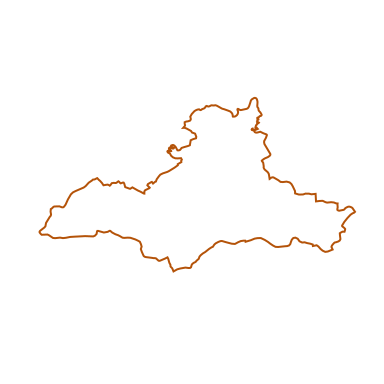 the district of Lang Son, Lạng Sơn, Vietnam, rotated 260°
{"feature_id": "81297802B21506651579478", "entity_name": "Lang Son", "entity_type": "district", "adm_level": 2, "iso_a3": "VNM", "parent_name": "Vietnam", "parent_adm1": "Lạng Sơn", "projection": "equal_earth", "projection_center": [106.757, 21.855], "detail": "fine", "context": "isolated", "style": "outline", "palette": "amber", "viewbox_px": 384, "rotation_deg": 260, "n_neighbors": 0, "source": "geoboundaries", "source_scale": "gbopen_adm2", "svg_char_len": 6104}
<svg xmlns="http://www.w3.org/2000/svg" viewBox="0 0 384 384"><g transform="rotate(260 192 192)"><path d="M144.2,349.1L148.4,347.2L149.2,346.4L150.2,344.7L150.4,343.3L150.0,341.6L149.4,340.1L148.6,339.3L148.1,338.3L148.0,333.7L148.4,332.8L149.1,332.1L149.8,332.1L151.6,332.8L154.5,333.1L155.4,333.4L155.8,331.9L157.0,330.0L157.8,327.3L158.1,323.2L158.8,321.7L160.6,319.2L161.0,316.3L161.2,312.5L168.7,313.4L169.0,309.2L170.1,306.8L170.4,304.8L170.7,303.6L170.3,300.9L170.9,296.9L172.7,293.3L175.1,293.6L180.2,292.2L182.6,291.3L184.5,289.8L185.8,286.9L186.0,283.2L186.6,280.9L188.6,279.1L192.2,274.8L192.5,273.7L192.3,272.3L191.6,271.2L191.4,270.7L195.1,270.8L196.8,270.7L198.4,270.0L201.6,267.4L203.0,266.9L203.6,266.8L204.9,267.1L208.3,267.2L209.0,267.0L209.7,266.5L210.4,266.2L210.8,266.2L211.9,268.2L212.5,269.8L213.2,272.8L213.7,273.9L214.3,275.0L215.0,275.6L215.4,275.7L216.0,275.7L225.5,272.1L226.5,271.7L228.1,271.6L229.6,271.9L232.5,274.2L234.9,275.6L235.4,275.6L235.8,275.3L237.5,272.4L239.5,269.7L239.3,267.9L239.2,266.2L239.5,265.0L240.1,264.2L241.6,263.7L242.0,263.1L242.7,261.7L243.1,261.6L243.8,262.1L243.9,262.6L243.6,262.6L243.3,262.8L242.2,264.6L242.1,265.2L242.4,266.3L242.6,267.3L242.7,267.7L243.0,267.5L243.3,267.2L243.9,267.0L244.1,266.9L244.0,265.7L244.5,265.6L246.5,266.6L246.8,266.9L247.1,267.6L247.6,267.9L248.1,268.0L248.2,269.4L248.5,269.7L248.7,269.9L249.0,269.5L249.5,268.3L249.8,268.2L250.4,268.8L250.6,268.9L251.3,268.7L251.7,269.1L251.9,270.0L252.1,270.1L252.5,269.7L252.9,269.1L253.6,269.1L253.8,269.3L254.2,271.0L254.8,271.6L255.0,272.1L254.9,272.7L255.1,273.3L255.5,273.8L256.1,274.0L258.4,273.2L260.1,272.1L260.9,271.8L261.8,271.8L262.5,271.9L263.1,271.8L264.3,271.2L265.4,271.2L268.5,272.0L270.0,272.2L272.0,272.0L273.1,271.5L273.8,270.3L273.8,269.5L272.9,267.1L271.9,265.9L271.0,265.5L266.9,263.3L265.5,262.3L264.7,261.3L264.4,260.2L264.2,254.9L264.3,253.9L264.8,253.1L265.7,252.1L265.9,251.6L265.7,251.2L265.1,251.0L263.9,251.2L262.8,251.3L261.8,251.0L260.8,250.5L259.8,249.5L259.0,247.9L258.9,246.8L259.1,245.4L259.3,245.3L260.7,245.4L261.7,245.3L262.5,245.1L263.5,244.5L264.6,243.7L265.8,241.8L267.9,238.1L268.8,236.2L269.5,235.3L271.5,232.9L272.7,231.4L273.3,230.3L273.4,229.9L273.4,228.6L274.0,226.1L273.8,225.3L273.4,224.1L273.3,223.2L273.4,222.8L273.5,222.5L274.0,221.8L274.2,221.4L274.1,221.0L274.0,220.6L273.8,220.2L273.1,219.9L272.5,218.9L272.1,218.1L271.9,216.5L271.3,215.4L271.2,214.5L271.4,214.2L272.2,213.3L272.2,212.4L272.2,211.6L271.8,209.9L271.2,208.4L268.8,205.3L266.5,203.4L264.3,203.5L263.5,203.3L262.6,202.4L262.3,200.2L262.4,198.6L262.0,196.9L260.3,196.6L259.1,196.8L258.4,196.5L256.7,194.5L256.6,195.7L255.5,197.6L252.3,201.6L250.5,202.4L249.8,203.8L248.9,205.2L245.6,205.8L244.2,205.3L243.9,202.5L243.2,199.7L238.4,198.0L238.0,196.1L237.6,192.2L237.2,189.4L235.6,187.7L235.3,186.4L235.4,185.5L235.6,184.9L239.0,183.8L240.8,182.7L241.6,181.5L241.6,180.7L241.4,179.6L240.8,179.2L240.2,179.6L238.6,182.0L238.1,181.4L238.0,180.8L239.4,178.3L239.6,177.5L239.1,176.9L238.4,176.8L237.5,177.7L236.2,178.6L235.9,178.6L235.8,177.9L236.1,176.8L236.7,175.8L236.7,175.2L236.1,174.8L235.1,175.1L233.6,177.0L231.4,177.7L229.4,179.3L228.1,181.4L227.6,183.7L227.2,187.1L225.6,187.6L224.7,186.8L223.3,186.7L221.9,182.8L220.8,182.7L219.0,179.0L216.7,173.2L216.1,171.3L215.4,166.5L214.6,163.8L213.2,162.1L210.6,159.4L208.6,158.3L208.5,157.5L207.1,155.1L208.2,154.6L208.9,154.2L208.7,153.3L207.4,149.9L206.3,149.2L203.6,151.1L203.2,150.7L201.9,146.2L200.9,145.2L198.7,144.8L198.9,144.2L201.2,141.4L202.9,138.9L206.9,134.1L205.9,131.7L206.1,131.1L208.4,127.1L212.2,126.7L213.1,126.3L213.3,125.7L212.9,123.3L213.5,122.7L214.7,122.0L215.3,121.4L215.0,120.6L214.2,119.3L214.1,118.5L214.6,116.4L214.6,114.5L213.0,112.9L212.5,112.1L213.2,111.4L213.9,110.3L214.0,108.7L214.0,107.3L214.0,106.0L216.5,104.9L218.9,103.4L220.2,102.3L222.1,101.1L222.0,100.4L221.6,99.4L221.3,98.2L221.4,96.5L220.7,95.5L219.1,91.9L216.3,88.3L215.2,86.1L213.1,77.3L212.3,74.7L210.7,72.3L206.2,68.5L201.5,65.3L199.8,63.5L199.3,62.5L199.5,61.3L200.9,58.9L201.6,54.2L201.5,53.1L200.2,51.2L199.7,50.0L197.2,49.3L194.4,49.3L193.2,48.8L192.1,47.5L186.9,42.9L183.7,41.7L182.7,40.5L181.5,38.2L180.1,35.6L179.4,35.0L178.6,34.9L177.1,35.7L176.0,36.5L175.2,42.3L174.2,43.7L170.9,47.1L170.3,49.2L170.0,54.1L169.0,56.9L168.8,59.9L168.9,64.2L168.4,68.6L167.1,79.1L165.4,87.0L165.8,88.8L167.3,90.8L169.4,91.5L170.1,92.0L170.0,92.8L167.4,98.2L167.4,102.1L168.1,104.1L167.9,104.8L166.0,106.3L163.7,109.2L162.3,111.7L161.0,113.4L159.1,115.6L158.6,117.2L158.2,120.8L157.6,123.4L155.1,128.0L153.4,130.4L152.1,132.0L149.3,132.7L146.9,132.9L144.7,131.7L141.7,132.2L137.4,133.3L136.5,134.1L135.9,135.3L134.1,141.1L133.6,142.5L133.3,144.0L132.9,145.0L130.2,147.1L129.9,147.8L129.9,148.6L131.1,153.8L131.9,156.5L130.3,157.0L126.2,157.4L124.1,158.1L122.5,157.9L122.0,158.1L120.9,158.9L120.2,159.3L117.0,160.0L118.4,164.0L118.7,167.1L118.7,172.4L117.8,175.2L117.6,176.3L117.6,177.1L118.0,177.9L118.7,178.3L120.1,178.9L121.1,179.8L121.9,181.3L122.5,183.4L123.5,184.5L125.0,187.0L127.1,188.2L128.3,189.7L129.6,192.0L130.6,194.6L132.9,198.8L133.7,200.6L134.2,201.9L134.4,203.0L136.4,204.9L137.3,206.4L138.2,209.1L138.6,211.0L138.7,212.2L138.4,213.3L136.8,216.5L134.2,222.1L133.4,225.2L133.6,226.0L134.5,228.6L135.2,231.5L135.1,234.6L134.8,236.1L134.4,236.3L133.7,236.2L134.3,241.5L135.2,245.6L135.2,248.5L134.7,251.8L132.2,255.3L129.6,258.2L127.6,260.0L125.2,262.5L123.5,264.7L122.9,267.2L122.4,274.5L122.2,276.3L122.5,278.3L123.6,279.7L125.7,280.8L127.7,282.0L129.1,283.8L129.1,285.9L127.6,288.0L124.8,289.3L123.1,291.7L122.9,294.2L121.7,296.5L120.5,299.6L119.3,301.8L117.8,301.7L117.9,305.5L116.4,307.0L113.6,308.7L111.5,310.5L109.9,312.8L109.8,315.4L110.9,320.5L113.7,319.8L114.8,320.4L115.8,321.4L117.2,323.2L117.5,323.9L117.5,325.1L117.9,327.6L118.6,329.1L119.9,330.0L123.8,330.2L125.7,330.4L126.1,331.2L126.8,333.3L126.4,335.3L128.2,336.2L129.0,336.4L130.2,335.7L132.1,334.0L132.9,334.0L136.1,336.8L139.5,340.7L142.1,344.2L143.1,346.4L143.5,348.1L144.2,349.1Z" fill="none" stroke="#b45309" stroke-width="2"/></g></svg>